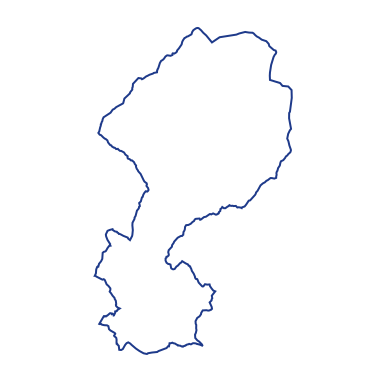 Zarnesti, Brasov, Romania, rotated 93°
{"feature_id": "2599482B21049619032220", "entity_name": "Zarnesti", "entity_type": "district", "adm_level": 2, "iso_a3": "ROU", "parent_name": "Romania", "parent_adm1": "Brasov", "projection": "equal_earth", "projection_center": [25.28, 45.588], "detail": "fine", "context": "isolated", "style": "outline", "palette": "blue", "viewbox_px": 384, "rotation_deg": 93, "n_neighbors": 0, "source": "geoboundaries", "source_scale": "gbopen_adm2", "svg_char_len": 6041}
<svg xmlns="http://www.w3.org/2000/svg" viewBox="0 0 384 384"><g transform="rotate(93 192 192)"><path d="M146.9,278.4L149.3,276.3L149.7,275.0L150.6,274.5L151.8,272.4L151.8,271.6L152.1,271.1L153.1,270.0L152.8,268.3L153.6,267.6L154.7,266.0L154.7,264.8L156.1,261.9L158.1,260.5L159.7,258.1L161.2,258.2L162.0,257.7L162.5,255.9L163.6,254.8L163.7,254.3L163.5,253.9L163.6,253.5L165.3,251.4L167.0,250.6L168.5,249.2L169.6,249.3L171.7,248.4L173.3,247.1L174.1,246.8L176.6,244.3L183.3,240.6L184.2,239.9L185.7,237.7L187.1,237.4L187.7,237.8L188.5,237.7L190.3,236.1L192.2,235.5L193.5,236.2L194.0,236.9L193.6,238.1L193.7,238.3L195.5,239.6L197.3,240.5L199.5,241.0L200.0,241.7L204.1,242.6L205.8,244.2L207.9,243.5L209.0,243.4L209.6,244.1L211.2,244.3L213.5,246.0L218.9,247.1L220.5,248.0L221.8,248.0L225.8,249.8L228.4,249.8L233.2,249.1L237.7,249.3L239.1,249.5L243.3,251.4L241.9,253.3L240.9,253.8L239.4,258.2L238.0,261.1L237.6,262.3L237.7,262.8L236.8,263.5L236.5,264.4L235.7,264.9L235.4,266.9L234.1,269.1L233.3,269.4L234.2,272.2L235.2,274.3L238.4,275.6L239.1,275.8L240.9,275.4L244.2,273.9L248.3,271.0L249.2,271.3L249.9,270.7L250.3,272.0L252.2,273.3L255.4,274.9L255.9,275.5L256.4,277.0L257.4,278.0L263.5,278.1L266.0,279.2L268.6,281.1L270.9,281.5L271.4,281.9L271.2,282.2L271.5,282.5L271.8,282.2L272.1,282.8L272.7,283.1L274.4,283.6L278.3,283.7L280.8,284.7L280.8,283.9L281.4,283.2L284.0,277.4L284.2,276.5L283.7,275.7L284.0,275.0L284.6,274.4L288.7,272.4L290.3,270.4L292.5,268.5L294.0,268.4L295.8,269.0L297.3,267.6L299.7,265.9L301.7,263.9L302.8,263.6L304.6,262.4L308.0,261.8L308.6,262.1L309.7,261.9L311.3,260.2L312.1,258.1L313.5,260.0L314.5,260.9L314.8,260.9L315.3,262.5L316.3,262.3L319.3,263.5L319.4,263.8L318.7,264.0L317.6,264.9L317.6,265.6L318.0,265.9L317.4,266.4L317.3,267.1L317.4,267.6L320.0,270.3L320.1,271.0L320.8,271.5L320.5,272.3L320.5,272.7L320.9,273.0L320.7,273.6L328.6,277.7L328.8,277.0L328.5,275.9L329.2,275.0L329.6,272.7L329.6,269.9L330.3,268.5L333.3,267.7L334.5,266.3L336.8,261.8L337.6,261.2L339.6,262.3L340.2,261.9L340.9,260.8L341.7,260.0L343.4,259.6L346.4,259.5L347.9,258.5L348.0,258.8L349.4,257.1L353.4,256.4L353.5,254.5L352.5,252.9L348.1,250.7L346.4,249.4L345.5,247.8L346.6,245.7L347.7,244.5L351.3,239.8L353.5,236.2L355.6,231.9L356.1,228.8L355.9,228.0L355.3,227.5L354.4,223.5L353.6,218.4L352.6,217.1L349.2,209.3L347.2,207.7L347.3,206.9L344.2,206.5L344.2,205.5L343.5,203.7L344.0,202.7L344.2,201.1L345.4,199.0L345.5,198.3L346.0,198.1L346.1,195.7L346.8,194.2L346.6,193.2L346.9,192.9L346.2,191.9L346.1,191.1L345.4,190.5L345.4,190.0L344.6,189.0L344.2,187.4L343.8,186.9L344.2,185.1L343.0,183.2L342.9,182.1L343.0,180.3L343.5,179.1L343.4,179.0L344.2,175.6L344.9,173.8L344.6,173.6L343.7,174.1L341.1,176.9L339.9,178.9L337.6,181.1L334.3,181.5L332.5,180.8L329.7,180.3L328.0,180.7L324.5,180.8L323.4,181.4L320.8,181.7L317.5,180.2L315.7,177.9L313.6,176.6L312.3,176.5L309.7,175.1L309.3,171.5L309.6,169.6L309.3,168.2L308.6,167.2L308.6,166.8L307.6,165.9L305.8,166.3L301.3,168.6L299.3,166.8L298.2,166.8L297.1,166.2L294.5,166.8L290.0,163.6L289.3,165.6L287.3,167.4L285.1,169.1L283.4,169.6L283.7,171.9L283.4,174.2L285.6,175.7L285.8,176.5L285.6,177.0L282.1,180.6L278.9,182.1L278.6,182.5L278.7,183.1L278.5,183.7L277.3,184.5L276.6,184.5L273.5,186.0L270.8,188.0L268.4,188.9L267.1,189.9L266.5,189.9L265.8,190.8L265.8,191.5L264.5,192.3L263.7,194.4L261.6,198.2L263.1,199.2L263.7,200.2L266.4,202.4L267.2,203.6L269.8,205.3L270.2,206.6L270.1,207.3L269.4,208.6L268.9,208.9L265.6,209.7L265.2,210.8L265.1,212.0L264.0,213.7L261.9,214.8L259.7,214.9L258.9,214.1L258.0,214.1L257.7,213.1L256.6,212.0L255.6,211.9L253.3,212.6L251.3,212.2L247.7,209.2L246.1,209.1L243.9,207.7L242.5,207.2L238.4,203.9L236.6,201.0L236.3,199.4L235.5,199.0L235.2,198.5L232.4,198.4L231.0,197.6L229.6,197.2L227.2,197.1L225.4,196.1L225.1,193.9L223.8,191.6L221.9,189.9L220.9,188.5L219.3,187.8L218.6,186.8L218.1,183.1L219.3,182.4L218.9,181.5L216.5,178.8L215.9,176.7L213.1,173.1L213.1,172.4L213.4,171.7L212.3,169.8L213.4,166.9L213.1,165.9L212.3,165.2L212.3,164.7L212.1,164.7L211.7,164.1L210.6,164.0L209.5,162.8L207.5,162.7L207.0,161.9L205.4,161.0L206.5,159.3L206.4,157.8L204.6,155.6L204.2,154.7L203.6,154.4L203.2,153.8L203.6,153.3L203.8,152.0L203.6,150.6L203.9,149.8L203.6,147.5L205.1,145.9L204.8,144.6L205.0,142.7L205.5,141.5L204.7,141.2L203.7,138.7L201.8,137.3L197.7,134.9L197.3,133.5L191.5,128.8L190.2,128.2L189.1,128.0L187.4,126.6L181.8,123.9L179.7,121.7L178.5,119.7L176.8,118.2L176.4,117.2L174.0,114.4L173.9,113.0L174.3,110.5L173.5,108.7L171.8,108.7L170.5,108.4L168.7,108.7L167.0,108.3L166.4,107.8L163.7,107.3L161.0,105.7L158.3,105.3L156.7,104.8L155.4,102.5L153.1,100.8L151.6,100.1L150.5,98.7L149.3,98.0L147.2,95.9L145.5,95.4L144.5,95.5L140.4,97.2L136.2,98.4L133.7,99.7L128.9,99.0L125.3,97.5L123.8,96.4L113.3,98.9L108.0,99.1L106.7,98.4L92.8,97.3L85.0,97.9L81.6,101.4L81.3,107.2L78.6,109.7L76.0,120.0L71.8,120.4L68.6,120.4L60.9,119.6L52.9,117.6L50.6,116.5L49.4,115.5L47.9,115.2L46.4,115.9L45.9,117.8L42.3,122.4L40.0,123.2L37.5,125.7L36.2,130.4L34.3,133.2L33.3,135.4L31.8,137.3L30.6,138.5L29.8,139.8L29.8,143.5L29.4,147.3L31.2,153.1L32.5,155.9L36.0,172.5L41.6,179.9L34.9,186.0L32.4,189.1L30.0,191.4L28.0,194.0L27.9,195.4L28.5,196.8L30.3,199.1L32.0,200.1L34.6,200.8L36.9,204.4L37.0,205.1L38.4,206.9L38.6,207.5L39.1,207.8L40.9,208.9L42.5,209.6L45.2,210.1L49.3,212.6L51.5,214.3L52.6,214.4L53.7,215.4L54.7,216.9L54.5,218.4L54.8,218.7L56.2,218.7L57.1,220.5L56.8,223.5L56.9,224.1L58.1,225.6L60.4,227.0L61.6,228.1L62.7,229.7L64.8,230.8L69.9,232.1L71.0,232.7L71.6,232.7L72.2,233.2L74.3,233.2L75.1,236.4L75.8,237.2L77.1,240.5L78.5,242.8L78.8,243.6L81.2,246.4L82.0,247.9L81.2,248.7L81.0,251.5L87.1,256.6L90.2,256.7L91.2,257.1L92.9,257.0L95.4,258.8L96.3,259.2L96.8,259.2L102.2,264.4L106.7,265.3L107.2,265.6L111.1,272.0L113.0,273.9L113.9,275.5L117.1,277.5L122.0,284.2L124.0,285.0L126.0,285.3L126.8,285.8L128.5,286.2L129.1,286.6L129.4,286.4L131.0,286.7L132.3,287.1L136.4,287.8L137.9,288.6L139.6,287.2L140.0,285.8L142.1,283.5L143.3,281.9L143.5,281.1L144.9,279.2L146.9,278.4Z" fill="none" stroke="#1e3a8a" stroke-width="2"/></g></svg>